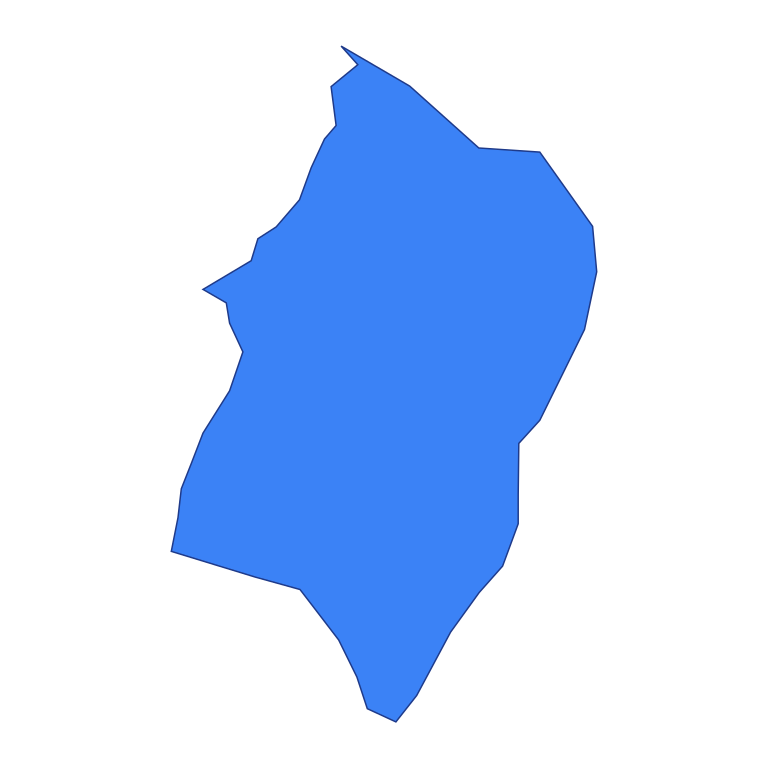 Angolemi, Cyprus
{"feature_id": "46923920B8588599925202", "entity_name": "Angolemi", "entity_type": "district", "adm_level": 2, "iso_a3": "CYP", "parent_name": "Cyprus", "parent_adm1": "", "projection": "natural_earth1", "projection_center": [32.945, 35.116], "detail": "fine", "context": "isolated", "style": "filled", "palette": "blue", "viewbox_px": 768, "rotation_deg": 0, "n_neighbors": 0, "source": "geoboundaries", "source_scale": "gbopen_adm2", "svg_char_len": 632}
<svg xmlns="http://www.w3.org/2000/svg" viewBox="0 0 768 768"><path d="M171.3,551.4L255.3,577.1L300.0,589.5L317.2,611.9L338.7,640.0L356.9,677.0L367.3,708.7L395.9,721.9L416.7,695.5L450.6,632.1L479.2,592.5L502.6,566.1L518.2,523.8L518.2,494.8L518.8,443.4L539.8,420.3L584.5,329.5L596.7,271.8L592.6,226.4L539.8,152.1L478.8,148.0L409.7,86.1L341.1,46.1L357.8,64.7L331.1,86.6L336.1,125.5L324.5,139.0L311.2,167.7L299.5,199.8L276.2,226.9L257.9,238.7L251.2,260.7L203.0,289.4L226.3,302.9L229.6,323.2L242.9,351.9L229.6,390.8L203.0,433.1L191.3,463.5L181.3,488.8L178.0,517.6L171.3,551.4Z" fill="#3b82f6" stroke="#1e3a8a" stroke-width="1.5"/></svg>